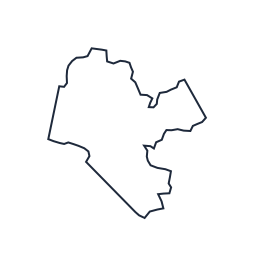 outline of Riachuelo, Sergipe, Brazil, rotated 58°
{"feature_id": "56859067B56389210509313", "entity_name": "Riachuelo", "entity_type": "district", "adm_level": 2, "iso_a3": "BRA", "parent_name": "Brazil", "parent_adm1": "Sergipe", "projection": "albers", "projection_center": [-37.223, -10.727], "detail": "fine", "context": "isolated", "style": "outline", "palette": "slate", "viewbox_px": 256, "rotation_deg": 58, "n_neighbors": 0, "source": "geoboundaries", "source_scale": "gbopen_adm2", "svg_char_len": 1127}
<svg xmlns="http://www.w3.org/2000/svg" viewBox="0 0 256 256"><g transform="rotate(58 128 128)"><path d="M95.2,201.5L99.7,198.1L104.6,193.8L107.7,190.6L108.6,186.3L112.6,182.9L116.8,179.5L122.0,175.8L126.9,174.0L131.4,175.6L134.5,181.5L203.2,166.3L207.9,164.9L213.1,161.6L210.4,153.8L212.7,146.3L214.9,140.6L208.0,138.4L200.1,137.5L202.4,132.7L205.3,127.5L201.2,122.9L196.6,122.9L191.8,118.4L187.4,114.5L182.8,118.1L177.4,124.2L171.6,128.6L166.2,128.5L162.2,127.2L157.5,123.6L151.5,123.7L155.3,118.6L159.1,116.9L155.0,111.7L155.9,105.6L152.0,100.6L150.1,96.5L153.0,92.2L155.3,86.5L159.7,82.2L163.6,76.7L160.6,71.9L161.3,67.2L162.2,62.0L160.6,56.5L116.9,54.5L115.7,60.2L119.3,65.1L118.2,71.3L117.8,76.1L115.1,82.5L119.3,88.1L122.8,90.8L124.0,95.4L121.3,99.3L118.4,95.8L115.8,91.7L110.2,94.4L106.4,99.7L99.7,98.6L93.1,97.6L87.8,99.2L82.9,94.0L78.2,93.3L73.5,92.2L70.0,95.1L66.9,99.0L65.6,106.1L60.5,110.4L56.1,108.2L50.8,105.3L47.6,108.8L41.2,116.6L45.6,124.2L44.3,128.6L41.1,134.5L41.6,139.9L43.6,145.4L46.7,149.0L51.5,152.5L57.5,155.9L59.2,160.4L56.2,164.2L95.2,201.5Z" fill="none" stroke="#1e293b" stroke-width="2"/></g></svg>